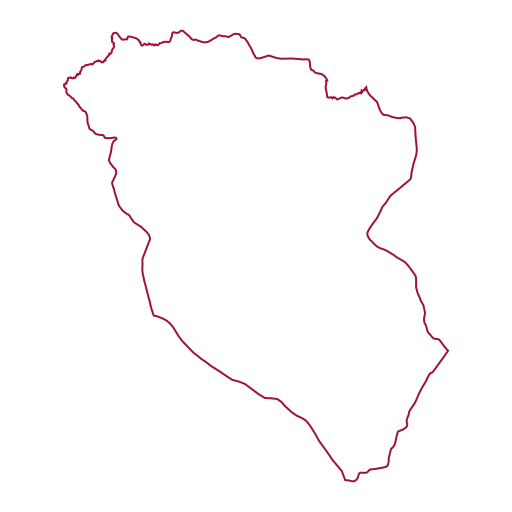 the district of Chamkar Leu, Kâmpóng Cham, Cambodia
{"feature_id": "14789045B22200339041976", "entity_name": "Chamkar Leu", "entity_type": "district", "adm_level": 2, "iso_a3": "KHM", "parent_name": "Cambodia", "parent_adm1": "Kâmpóng Cham", "projection": "robinson", "projection_center": [105.255, 12.251], "detail": "fine", "context": "isolated", "style": "outline", "palette": "rose", "viewbox_px": 512, "rotation_deg": 0, "n_neighbors": 0, "source": "geoboundaries", "source_scale": "gbopen_adm2", "svg_char_len": 5778}
<svg xmlns="http://www.w3.org/2000/svg" viewBox="0 0 512 512"><path d="M366.3,87.2L364.9,88.5L364.9,89.9L364.0,90.0L363.6,90.6L362.9,90.9L361.9,90.4L362.1,91.7L361.2,91.8L361.7,92.7L361.0,93.5L359.5,92.9L358.7,93.0L357.9,93.7L357.2,94.0L355.8,94.4L354.9,94.4L354.4,95.4L350.3,96.6L349.1,97.8L347.3,98.4L344.8,98.4L343.4,97.7L341.5,97.5L337.2,99.5L335.0,97.5L334.2,97.7L333.5,97.1L332.5,98.4L331.1,97.2L330.2,97.3L329.3,97.7L328.3,97.6L327.3,97.1L326.7,93.1L325.7,88.3L325.8,85.5L326.4,83.5L326.0,81.5L326.1,80.8L327.2,80.6L326.7,79.2L324.9,76.6L323.1,75.0L322.2,74.4L320.7,73.9L316.4,73.1L315.3,72.6L314.0,71.6L313.2,70.4L311.7,70.0L311.0,69.4L310.0,66.0L310.0,64.5L309.7,61.3L309.3,60.5L308.5,59.5L305.4,59.2L304.4,59.5L302.9,59.4L292.8,58.6L288.9,58.5L286.6,58.7L283.0,58.6L281.1,58.8L276.1,57.9L269.5,55.7L268.0,55.7L264.0,57.1L259.7,58.3L257.6,58.4L256.2,57.8L255.2,57.0L254.9,56.0L253.3,53.3L252.0,50.2L250.2,46.7L249.2,45.2L247.6,42.2L245.4,39.0L244.4,38.1L242.0,37.5L240.9,36.9L240.1,35.0L239.4,34.3L235.7,33.8L234.8,33.8L232.9,34.5L231.4,35.6L230.0,36.1L228.9,37.0L225.3,36.3L223.2,36.2L218.9,35.3L217.7,35.9L215.9,37.6L214.5,38.1L208.7,41.6L207.3,42.0L204.5,42.4L201.8,41.9L200.8,41.6L199.3,40.8L198.1,40.8L197.1,40.3L196.5,39.8L195.4,39.6L194.4,39.9L193.2,39.8L191.6,39.2L189.1,36.1L187.3,34.8L182.9,30.8L181.9,30.7L180.8,30.9L178.6,32.5L177.6,32.8L176.7,32.9L173.6,32.3L172.8,32.5L172.3,33.4L171.7,36.5L170.4,40.0L170.2,41.0L169.2,41.9L168.0,42.2L167.1,41.8L166.1,41.9L165.3,41.7L163.1,42.1L161.5,43.1L159.6,43.3L158.5,44.7L157.7,45.1L156.8,45.2L155.5,44.3L154.8,44.7L154.4,45.4L152.4,44.3L151.8,44.8L151.0,44.5L150.3,44.0L149.6,44.3L148.9,43.6L148.6,44.4L147.5,44.8L146.2,44.8L145.7,44.1L144.9,43.8L144.2,44.0L143.0,45.2L142.0,45.6L141.3,45.3L140.9,43.9L140.3,42.8L140.3,42.0L139.5,41.8L139.2,40.6L137.3,39.0L135.8,38.1L129.4,36.4L128.2,36.6L127.7,37.1L127.5,38.4L126.9,39.4L126.1,39.1L124.9,39.5L122.3,39.7L121.0,38.6L117.3,33.7L116.2,32.8L114.9,32.8L113.4,33.2L111.9,36.1L111.6,37.6L112.4,38.1L111.9,39.2L111.9,40.3L112.0,41.5L112.4,42.2L113.3,42.5L113.8,43.1L114.0,43.9L113.5,44.7L114.0,46.2L113.9,47.3L111.9,50.2L111.7,51.1L111.8,52.1L111.2,53.0L110.1,54.0L109.3,53.6L109.0,55.1L106.1,58.3L105.4,59.5L105.4,60.5L104.5,60.2L103.4,62.1L102.4,62.0L101.8,62.4L100.1,60.9L99.0,61.2L98.5,60.5L97.6,61.0L96.6,61.1L94.3,62.3L93.9,63.0L93.2,63.5L92.5,64.4L91.5,64.1L90.7,64.0L87.1,65.2L86.3,64.9L85.3,65.4L84.1,66.4L81.9,67.4L81.3,70.3L80.0,72.1L80.2,73.1L79.8,73.9L78.1,73.8L77.8,74.9L76.8,74.6L76.3,76.0L75.3,77.7L74.7,77.4L74.0,77.5L73.6,78.4L71.6,78.1L70.6,77.3L69.8,77.8L68.6,77.8L67.9,78.4L67.8,79.3L67.9,80.1L66.8,81.7L66.4,83.2L65.6,83.3L65.6,84.1L64.0,84.6L64.1,86.1L64.6,87.3L65.2,88.0L66.2,88.5L66.5,90.0L66.3,91.3L66.4,92.2L66.7,93.1L67.9,94.7L69.1,95.4L71.2,97.2L71.9,98.1L73.0,98.4L73.6,99.0L74.6,100.6L76.4,102.1L77.1,103.5L78.6,104.7L79.0,106.2L81.3,108.7L81.8,109.5L82.5,110.0L83.2,110.9L84.4,111.1L85.4,111.7L86.0,112.6L87.2,115.7L87.5,122.2L87.9,123.9L88.5,125.1L89.4,128.4L89.9,129.2L92.2,130.4L93.2,131.1L94.7,133.0L96.2,134.1L98.3,134.7L101.6,135.0L102.5,135.0L103.3,135.3L103.9,136.0L104.8,137.7L106.2,138.1L109.7,138.2L114.6,137.5L115.9,137.8L116.5,138.7L116.0,139.5L113.6,141.3L112.4,143.7L111.8,146.1L111.0,151.9L109.0,159.3L109.0,160.7L110.6,163.7L112.6,166.1L113.0,166.9L115.2,168.9L116.1,170.9L116.2,172.9L115.7,174.8L113.9,178.8L112.2,182.2L112.1,183.2L113.0,186.6L113.9,188.8L114.5,191.6L118.6,205.0L119.5,206.6L122.3,210.2L124.1,211.9L127.0,214.0L128.0,214.4L129.1,215.2L129.6,215.8L133.8,222.2L141.8,227.3L142.8,228.5L146.7,232.1L148.7,234.5L149.4,236.1L149.8,237.5L150.0,238.6L149.9,239.6L142.7,258.1L142.4,259.6L142.5,264.5L142.3,270.5L142.7,273.5L144.7,282.7L145.3,284.6L148.1,295.8L149.9,302.2L150.6,305.5L151.9,310.3L153.7,315.5L157.4,316.4L163.3,318.8L166.6,320.6L169.4,322.9L172.2,326.0L173.8,328.3L178.9,336.6L182.3,341.1L189.5,348.6L193.4,352.6L196.1,354.7L198.8,356.8L201.4,359.0L205.1,361.4L211.2,366.1L220.8,372.2L227.5,376.8L232.5,379.9L239.0,381.6L245.0,384.0L258.5,394.1L264.8,398.0L271.2,398.3L277.2,399.0L281.4,401.9L285.1,406.2L291.9,412.4L297.1,415.9L302.1,418.1L306.4,421.0L310.5,426.3L315.2,433.9L318.8,440.5L327.7,452.8L332.3,459.7L341.8,471.1L345.2,480.1L349.0,480.5L352.0,481.2L354.1,481.3L356.2,480.0L357.6,478.2L359.1,473.5L360.9,472.6L362.7,472.8L365.9,472.8L367.6,472.0L369.5,469.8L371.5,469.3L374.3,469.1L384.0,467.4L386.8,466.4L387.8,465.3L388.2,464.1L388.7,461.0L388.7,458.5L390.4,451.2L391.2,448.7L392.7,447.5L394.2,445.6L395.4,442.1L396.9,435.0L397.8,431.9L398.8,431.1L403.0,429.6L405.8,427.6L406.7,426.7L407.3,424.2L406.7,422.4L406.7,420.0L407.5,417.5L408.6,414.9L409.2,411.7L410.9,408.8L414.5,403.4L415.9,400.8L418.8,394.0L421.6,388.4L426.2,380.8L427.3,378.2L428.7,375.5L430.2,373.3L432.6,372.3L442.2,359.1L448.0,350.8L443.8,345.8L439.6,340.0L437.7,339.0L434.6,338.8L433.3,338.2L432.1,337.1L430.0,334.4L428.8,333.3L428.1,332.3L427.2,330.4L426.5,327.4L425.7,324.9L424.3,322.4L424.0,318.4L424.7,315.3L425.0,312.7L423.5,305.3L422.8,304.3L420.3,299.6L420.0,298.2L419.0,296.3L417.4,292.3L416.1,287.3L416.1,278.4L415.5,275.8L412.5,271.4L408.9,266.5L405.7,262.8L403.1,260.9L396.9,257.4L393.9,255.1L386.8,250.8L383.5,249.3L380.6,248.4L377.3,246.7L374.6,244.4L369.6,239.3L368.2,237.0L367.3,234.5L367.5,232.4L369.1,229.2L372.4,224.2L376.8,218.4L380.9,210.4L382.2,207.2L386.1,202.5L389.9,196.5L391.5,194.9L409.8,179.8L410.9,178.2L411.8,171.1L413.8,162.7L415.3,158.1L416.2,154.8L416.7,151.5L416.8,148.7L415.6,136.9L415.1,127.0L413.5,123.2L410.0,118.4L406.3,117.3L402.8,117.6L399.1,118.2L395.1,117.7L391.9,116.9L388.1,115.4L383.4,114.8L381.4,112.6L379.7,109.5L377.9,104.2L376.9,101.8L374.5,99.7L371.9,97.1L370.4,95.8L368.6,93.4L367.4,91.3L366.6,89.3L366.3,87.2Z" fill="none" stroke="#9f1239" stroke-width="2"/></svg>